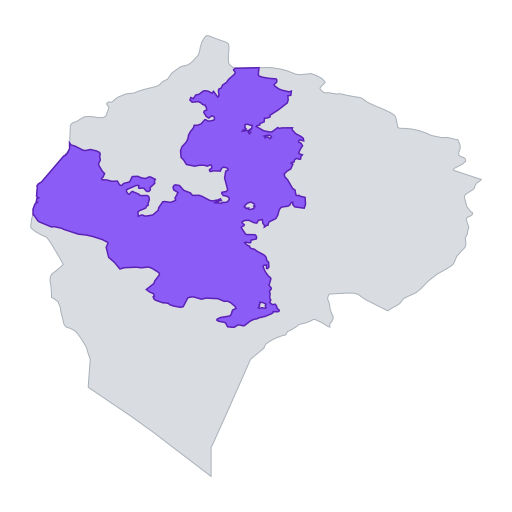 location of Oromiya within Ethiopia, rotated 90°
{"feature_id": "ETH-3131", "entity_name": "Oromiya", "entity_type": "Administrative State", "adm_level": 1, "iso_a3": "ETH", "parent_name": "Ethiopia", "parent_adm1": "", "projection": "equal_earth", "projection_center": [38.367, 6.948], "detail": "fine", "context": "in_parent", "style": "filled", "palette": "violet", "viewbox_px": 512, "rotation_deg": 90, "n_neighbors": 0, "source": "natural_earth", "source_scale": "10m", "svg_char_len": 9664}
<svg xmlns="http://www.w3.org/2000/svg" viewBox="0 0 512 512"><g transform="rotate(90 256 256)"><path d="M102.1,400.3L101.7,399.6L99.1,396.8L96.7,393.1L95.2,389.1L93.8,385.8L93.1,378.3L91.3,373.8L89.5,368.2L86.9,357.6L85.8,353.9L83.7,351.4L81.5,349.2L79.2,344.5L73.1,340.3L70.8,337.1L66.8,331.5L65.8,328.6L65.5,325.8L64.3,323.2L62.1,320.2L55.2,313.8L53.2,313.0L50.8,312.3L47.1,311.7L42.2,310.2L37.9,307.7L36.0,306.0L35.6,304.7L36.0,302.7L37.5,299.2L40.5,290.8L42.6,285.1L44.0,283.4L47.7,283.0L51.7,283.2L54.7,283.6L58.8,283.7L63.7,283.2L65.7,281.3L67.3,279.2L67.9,277.7L68.1,274.0L68.1,271.0L67.9,259.5L67.7,252.5L67.5,244.5L67.6,242.9L67.6,240.8L68.9,232.3L70.0,227.4L70.8,224.8L74.0,216.7L74.5,214.1L74.7,211.7L73.6,200.7L75.6,195.6L78.2,190.5L80.4,188.3L82.3,186.8L83.2,187.5L85.3,189.8L88.1,192.1L89.5,191.6L91.4,189.6L92.8,187.5L92.7,183.6L94.0,175.7L93.8,171.2L95.2,165.6L96.7,157.6L97.4,152.6L98.3,149.9L102.4,144.4L106.0,136.6L108.2,130.9L112.6,121.6L114.7,118.2L116.5,116.7L119.1,115.8L124.0,114.9L127.5,114.1L128.1,112.9L128.4,111.0L128.4,106.9L129.1,99.7L130.7,92.7L132.5,87.4L133.4,85.0L134.6,82.7L135.9,78.8L137.6,70.3L137.5,64.6L139.9,54.0L140.4,54.0L144.4,52.1L148.3,51.8L152.0,53.1L154.5,53.4L155.6,52.8L156.6,51.0L157.6,48.2L159.1,46.6L161.2,46.3L164.1,49.5L168.5,58.0L169.7,58.5L170.4,58.3L172.6,51.5L174.4,46.2L177.7,36.3L179.5,30.7L181.2,32.4L183.0,35.2L184.9,36.6L187.0,37.4L188.0,37.5L189.3,38.7L193.9,45.7L195.4,47.3L197.6,47.5L206.5,45.2L211.9,41.1L212.7,39.5L214.2,39.5L215.9,41.3L216.6,43.0L217.8,45.3L219.9,45.7L225.0,44.0L227.5,43.1L229.6,43.9L232.3,44.6L234.0,44.6L238.1,46.8L242.9,46.1L245.2,46.2L247.6,47.2L251.4,50.9L256.4,55.3L263.6,58.4L265.1,59.7L268.5,64.8L273.9,74.5L281.0,83.7L288.7,91.1L292.8,96.1L295.6,102.3L298.3,108.0L301.1,110.4L303.6,112.3L306.3,116.7L308.2,120.3L310.8,124.3L308.0,129.9L304.2,137.4L299.8,146.2L298.4,148.3L294.5,153.6L293.9,155.1L293.1,158.9L293.1,165.8L293.6,174.7L294.1,182.9L296.3,183.9L298.8,184.4L301.6,183.4L304.9,182.4L309.1,181.9L313.7,180.3L316.4,178.9L319.2,179.0L321.8,180.4L323.0,181.8L324.8,182.2L327.1,182.1L326.6,183.7L325.4,185.9L323.8,188.2L322.5,190.5L319.5,197.1L319.4,197.9L319.8,199.2L321.4,202.2L323.1,207.0L324.1,211.4L324.9,213.6L327.0,216.0L330.0,221.1L331.6,224.5L334.9,226.3L336.0,230.7L338.5,237.1L341.3,242.2L343.9,246.1L346.8,247.7L347.9,247.8L354.0,255.2L358.7,260.8L359.8,261.7L368.2,265.4L377.8,269.6L385.5,273.0L395.3,277.4L405.0,281.6L414.1,285.7L426.9,291.5L437.2,296.1L445.3,299.7L447.0,300.9L476.4,300.9L469.3,310.3L461.1,321.0L452.6,332.2L447.1,339.4L438.3,350.8L431.0,360.4L423.6,370.8L416.8,380.2L407.9,393.3L402.2,401.8L393.2,415.0L387.6,423.4L386.8,423.8L378.6,423.2L370.7,422.6L360.7,421.8L359.5,421.8L356.6,422.6L354.8,423.4L347.6,425.6L346.2,426.2L340.2,429.8L334.1,434.0L330.8,437.2L328.3,441.9L327.3,445.3L326.1,446.7L324.2,448.0L311.3,451.2L307.6,451.6L301.6,454.1L298.4,458.4L297.4,460.5L293.1,460.5L285.6,461.1L282.3,461.8L280.8,461.9L277.9,461.9L275.5,461.1L273.9,460.0L271.9,457.4L267.6,452.1L264.4,448.8L257.4,452.6L251.1,456.3L242.2,461.7L237.1,465.5L235.6,469.4L231.7,476.4L228.2,480.8L226.9,481.3L218.9,480.4L216.1,479.5L211.3,478.7L205.0,477.2L200.7,475.5L196.1,475.4L189.4,474.8L185.3,473.6L181.1,469.7L175.7,465.0L170.2,460.2L164.5,455.2L157.8,449.5L150.4,443.3L148.7,442.6L148.0,442.5L140.0,442.2L131.7,441.9L126.1,441.7L124.3,441.0L123.0,439.6L121.3,435.0L119.1,431.7L116.7,427.5L116.5,421.8L117.2,415.7L117.8,413.6L117.5,411.6L117.6,408.8L116.2,406.2L108.0,403.2L106.7,403.4L105.4,404.6L103.8,405.4L102.7,404.6L102.0,403.5L102.0,401.7L102.1,400.3Z" fill="#d9dde1" stroke="#a8b0b8" stroke-width="1"/><path d="M68.3,276.9L67.7,253.0L74.5,253.7L75.9,253.1L77.1,250.0L78.3,243.2L78.9,235.9L79.7,235.3L81.9,235.2L84.7,237.9L85.6,237.8L89.0,233.0L90.1,230.2L91.8,223.1L91.1,220.6L95.3,221.2L95.8,224.2L99.8,223.8L102.9,224.7L109.9,233.7L115.3,242.1L116.9,241.9L117.9,244.3L118.3,247.5L121.9,247.9L123.4,251.7L123.7,252.2L124.9,252.1L125.8,255.3L126.5,255.7L130.8,248.2L132.0,242.2L131.8,240.0L127.5,234.2L128.4,232.8L127.9,230.2L127.8,219.6L128.7,220.1L129.9,219.7L133.6,216.4L136.6,210.8L138.3,208.7L140.9,208.3L139.8,212.6L141.4,213.5L142.1,213.3L143.1,211.1L145.7,209.4L149.7,212.0L153.3,213.3L153.9,212.5L154.8,209.6L156.8,211.3L158.8,211.3L159.2,211.6L159.3,212.6L158.5,215.0L158.9,216.3L159.9,217.5L161.9,217.9L162.7,220.7L163.2,220.9L164.2,219.1L169.0,221.3L171.3,225.1L174.1,227.8L176.8,227.2L179.8,224.4L188.4,219.4L190.0,217.0L195.1,216.0L195.6,214.8L195.3,213.0L196.2,211.9L197.4,206.9L204.3,206.5L208.2,207.8L206.9,217.2L204.6,219.2L202.3,219.2L202.3,220.4L202.9,221.1L205.0,222.2L206.2,224.0L207.0,229.9L208.0,231.5L209.9,232.8L215.2,234.2L218.6,236.2L222.0,243.1L225.3,244.1L225.2,245.0L227.1,247.7L225.3,247.5L223.5,249.1L219.6,249.7L220.3,253.5L223.1,255.2L222.8,257.7L220.3,263.2L220.4,266.9L221.7,269.8L222.9,269.9L224.8,267.7L225.7,268.1L226.8,270.3L227.5,270.8L234.5,266.2L234.7,257.1L236.0,255.7L237.6,255.4L239.0,255.8L240.1,260.9L242.3,261.2L242.9,262.0L242.2,266.3L242.7,267.4L245.1,264.9L246.1,262.4L247.1,262.3L248.5,260.9L249.2,257.6L251.1,255.2L255.2,247.6L257.1,246.0L260.4,245.2L262.2,243.4L267.0,243.1L268.4,244.2L268.7,245.0L268.3,245.5L265.0,245.5L265.3,248.1L266.4,249.0L271.3,247.0L276.0,243.6L277.7,241.5L278.8,241.1L285.4,243.0L287.6,241.0L289.0,240.7L291.1,242.6L293.5,241.9L298.0,242.3L300.0,241.2L302.5,242.4L304.6,239.7L304.2,236.7L306.2,235.4L308.2,234.9L310.3,232.7L311.4,233.1L311.8,234.8L311.6,238.7L312.6,238.9L313.7,240.4L316.5,247.2L317.7,252.8L318.7,254.7L319.3,258.0L321.1,261.8L325.6,267.5L325.8,269.1L324.9,272.7L325.2,274.5L327.1,277.4L327.3,279.4L326.8,284.4L323.1,286.3L322.3,287.8L321.2,293.6L320.1,295.2L319.1,294.9L317.5,291.6L316.1,282.9L315.2,281.2L310.0,279.4L308.5,276.1L306.5,276.8L302.5,281.6L301.2,284.5L301.3,287.9L298.7,294.0L298.1,305.8L299.2,310.6L296.9,318.5L296.9,320.2L297.7,324.1L306.7,328.8L307.3,331.6L306.0,338.6L304.7,342.3L303.4,343.6L302.7,347.8L303.0,348.5L300.4,356.0L299.5,357.5L298.0,358.5L296.6,358.8L296.1,357.5L293.7,358.6L291.9,362.5L289.5,365.7L283.4,358.0L281.2,357.4L274.8,352.6L273.3,352.7L272.0,354.1L268.4,359.8L267.0,363.4L267.8,370.7L267.2,375.7L267.7,387.6L269.0,392.1L262.5,397.4L257.4,403.3L247.3,405.8L243.3,404.0L242.2,404.6L239.4,410.1L236.5,419.3L235.0,425.8L234.2,433.5L229.5,447.9L228.3,450.3L226.6,458.0L227.0,460.4L222.1,472.2L221.1,473.9L215.1,478.1L214.9,478.8L209.2,479.0L204.1,477.1L202.3,474.7L202.2,475.8L198.9,475.2L197.8,473.5L197.4,474.6L195.9,475.5L188.0,474.7L185.7,475.0L183.8,473.6L182.0,470.5L156.0,448.3L155.4,446.5L154.6,446.4L153.7,444.9L148.6,442.4L142.8,442.5L145.0,440.8L146.0,437.3L150.3,428.7L150.5,426.4L149.5,421.5L150.9,415.6L152.4,412.5L153.8,411.8L156.7,412.3L160.0,411.7L163.6,413.4L165.1,413.3L171.6,409.4L173.5,407.4L177.0,408.9L178.7,410.5L179.8,410.0L179.9,405.5L181.3,400.1L181.1,394.6L184.9,392.4L185.4,390.8L185.2,389.9L183.5,388.5L181.9,382.4L176.7,379.8L176.5,379.2L176.3,374.3L177.9,370.4L178.5,366.3L177.0,363.3L176.9,361.6L179.3,356.7L180.7,357.5L183.4,357.3L187.7,362.0L189.8,361.6L191.4,363.1L191.5,364.7L190.7,366.2L188.5,367.7L188.0,370.0L188.4,372.5L188.0,373.4L185.6,373.2L185.4,374.0L185.5,375.9L189.7,385.5L192.2,385.3L194.3,383.4L194.1,382.5L192.4,381.1L191.4,379.7L194.1,373.3L195.6,371.6L195.5,365.1L196.1,363.7L197.1,363.0L199.8,362.7L203.4,363.9L205.3,363.8L205.9,365.1L208.2,366.5L210.6,372.4L212.0,374.1L216.2,373.7L215.0,370.5L215.0,369.6L216.0,367.2L216.0,365.4L215.0,359.3L210.4,353.9L207.7,353.3L201.8,349.3L201.5,347.5L202.4,341.5L200.8,337.3L199.9,336.3L198.1,337.0L192.5,334.0L190.0,338.2L187.3,339.0L185.5,338.1L184.8,336.6L185.5,332.5L190.4,328.2L192.9,321.6L195.4,319.5L195.3,313.0L196.3,310.0L200.2,302.7L201.0,300.0L199.9,294.0L198.8,291.5L200.5,290.7L201.6,295.4L202.7,297.1L202.9,296.2L202.9,293.5L203.4,290.8L202.3,289.6L202.5,287.0L201.8,284.5L199.4,282.7L197.6,283.1L196.2,285.3L195.5,288.8L193.4,290.3L192.3,290.1L191.5,285.8L189.8,284.3L177.9,287.4L171.2,286.3L169.8,283.8L168.6,284.2L167.7,285.6L167.1,288.4L168.2,290.4L171.1,291.7L170.8,298.4L171.6,301.7L170.7,302.5L169.5,302.5L168.4,300.5L167.7,300.1L164.9,300.9L164.9,302.0L166.2,304.7L165.3,307.5L165.2,312.3L166.2,317.3L164.5,325.6L160.2,328.2L157.4,330.9L150.9,331.5L146.9,330.1L141.9,325.6L138.4,324.0L135.2,323.5L131.6,321.6L128.1,318.7L125.3,317.8L125.2,314.3L123.9,310.9L119.7,307.2L119.7,306.4L120.9,304.3L121.1,302.4L120.1,298.1L119.0,297.5L117.0,297.7L115.9,299.7L115.9,300.4L118.1,303.3L116.3,305.9L112.4,308.2L110.9,307.7L110.2,305.4L107.3,305.6L106.0,306.8L105.0,307.0L104.5,309.5L103.3,310.5L101.6,313.6L102.2,319.9L100.0,322.1L97.5,321.2L98.7,318.7L95.0,316.3L94.2,312.8L91.3,309.2L90.7,307.5L91.1,304.0L93.2,299.9L91.3,298.5L97.1,294.2L96.3,293.3L94.7,293.1L90.8,293.6L89.1,293.2L88.1,290.9L84.9,289.3L82.4,285.5L79.5,283.5L74.0,277.3L72.3,276.7L69.9,278.5L68.3,276.9ZM207.2,258.0L206.8,257.3L206.1,258.2L205.6,257.4L203.7,257.9L202.0,261.3L203.2,264.6L205.6,267.3L206.8,267.8L207.3,266.4L208.5,266.1L208.0,263.3L209.2,263.6L209.5,261.8L208.5,258.1L207.2,258.0ZM129.2,260.5L125.4,259.8L125.1,262.2L124.3,263.9L124.3,266.5L125.1,267.2L126.5,266.8L127.5,267.3L128.7,266.0L130.0,267.8L130.2,269.2L131.2,269.6L130.6,268.0L131.1,267.2L130.3,265.6L130.7,262.5L129.6,262.5L129.0,261.5L129.5,260.7L129.2,260.5ZM307.6,253.7L308.4,252.5L307.7,250.4L308.3,246.8L307.8,245.9L305.9,246.8L304.1,246.0L302.6,248.9L302.2,252.1L303.8,252.0L304.8,252.9L306.0,252.4L307.6,253.7ZM137.7,246.9L136.9,244.2L138.7,241.9L137.0,240.5L135.5,241.7L135.1,243.8L136.1,247.7L136.7,246.6L137.7,246.9ZM132.1,263.8L133.8,262.7L132.5,261.3L131.0,262.7L132.1,263.8Z" fill="#8b5cf6" stroke="#5b21b6" stroke-width="1.5"/></g></svg>